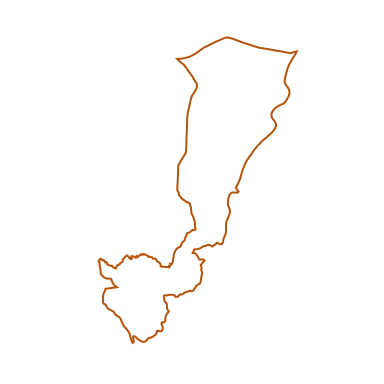 Vale de São Domingos, Mato Grosso, Brazil (orthographic projection), rotated 9°
{"feature_id": "56859067B20477849256600", "entity_name": "Vale de São Domingos", "entity_type": "district", "adm_level": 2, "iso_a3": "BRA", "parent_name": "Brazil", "parent_adm1": "Mato Grosso", "projection": "orthographic", "projection_center": [-58.989, -15.026], "detail": "fine", "context": "isolated", "style": "outline", "palette": "amber", "viewbox_px": 384, "rotation_deg": 9, "n_neighbors": 0, "source": "geoboundaries", "source_scale": "gbopen_adm2", "svg_char_len": 6073}
<svg xmlns="http://www.w3.org/2000/svg" viewBox="0 0 384 384"><g transform="rotate(9 192 192)"><path d="M273.4,36.7L268.7,38.9L267.7,39.5L258.4,39.2L252.1,39.2L245.3,39.0L237.9,39.0L236.3,39.0L233.2,38.7L230.7,38.3L218.0,36.3L215.2,35.7L210.4,34.7L209.4,34.6L207.9,34.2L206.2,34.1L205.0,33.9L203.8,33.8L201.5,34.1L199.2,35.3L195.4,37.8L193.1,39.2L189.6,41.5L186.6,43.6L185.0,44.9L181.4,47.3L180.1,48.6L177.8,50.8L176.8,51.9L175.2,53.4L174.5,54.2L168.6,58.8L167.5,59.3L163.9,60.8L161.4,61.7L159.3,62.3L157.5,62.7L156.5,62.9L158.3,64.3L159.8,65.3L163.9,67.5L165.0,68.5L167.1,70.5L168.2,71.6L169.5,73.1L173.2,76.7L174.6,78.1L175.5,79.4L176.7,80.8L177.8,82.3L179.7,84.1L180.1,85.3L180.3,87.9L180.1,89.2L179.8,90.3L179.1,92.0L178.3,94.3L176.7,97.6L176.5,99.4L176.2,102.7L176.1,105.2L176.0,106.3L175.9,107.5L175.8,109.4L175.7,111.3L175.4,113.6L175.6,118.0L175.8,121.0L176.2,122.3L176.6,126.3L176.7,127.4L177.0,129.6L178.2,140.2L178.4,141.2L178.6,143.5L178.8,144.7L179.5,150.3L179.7,153.0L179.6,154.7L177.5,159.7L175.1,165.7L174.3,167.8L176.1,182.7L176.3,185.6L177.1,192.3L178.1,193.6L178.9,194.7L179.2,195.7L179.4,196.8L182.8,200.0L185.1,201.1L188.1,202.8L189.6,203.1L191.0,203.1L191.9,204.4L192.6,206.1L193.5,207.4L193.7,209.2L194.3,210.6L194.5,212.1L195.0,213.5L196.0,214.7L198.2,218.3L199.4,220.8L200.2,224.5L200.5,226.3L201.4,228.0L200.8,228.9L199.6,229.3L198.5,229.3L197.8,230.4L196.9,231.1L196.2,232.1L195.1,232.8L194.1,233.1L193.4,234.0L193.4,235.1L193.2,236.2L192.8,237.5L192.4,239.2L192.3,240.7L191.4,242.2L190.3,243.2L190.0,244.4L189.6,245.6L189.3,246.7L189.1,247.8L188.0,248.5L186.5,249.6L185.6,250.8L184.9,252.1L184.4,253.6L183.8,256.4L183.9,257.5L184.0,259.0L183.9,260.8L183.9,264.0L183.2,266.4L181.8,266.4L182.4,267.3L182.0,268.7L180.9,268.6L181.1,270.1L179.5,270.0L178.2,270.1L176.8,270.1L175.6,270.2L174.2,270.6L172.6,270.3L172.5,268.8L171.6,267.5L170.1,266.5L168.6,266.0L167.6,265.3L167.2,264.2L166.1,263.6L164.9,263.7L163.7,264.0L162.7,262.7L161.2,262.8L160.2,262.5L159.2,263.0L158.4,262.1L157.3,261.7L155.9,261.4L154.5,260.7L153.4,261.0L153.0,262.0L151.5,261.3L150.8,262.2L149.8,263.0L149.3,264.2L147.7,263.9L147.7,265.3L146.6,265.7L145.8,264.8L144.6,264.9L142.3,264.8L142.3,266.1L143.1,266.9L142.2,267.9L140.7,267.2L139.8,266.0L137.7,264.8L136.6,265.6L135.2,268.1L134.2,269.6L134.5,271.4L133.4,272.6L132.1,273.7L131.8,275.1L130.4,275.4L129.5,276.2L129.3,277.3L128.9,278.3L128.7,279.4L127.7,279.5L126.8,278.8L125.4,278.4L124.5,277.3L123.5,277.6L122.1,277.4L121.0,277.0L119.8,276.9L119.4,275.5L118.4,274.6L117.5,275.2L116.5,273.9L115.3,273.0L114.2,273.5L112.3,272.1L111.4,272.8L111.3,273.9L110.6,274.8L111.6,276.2L112.1,277.4L112.2,278.6L113.1,281.0L113.6,282.4L114.4,286.0L115.1,287.6L116.0,288.4L118.1,289.8L120.1,290.6L122.1,290.8L123.5,290.6L125.3,290.3L126.2,291.1L127.0,292.9L127.9,294.0L129.5,296.0L130.6,296.7L132.7,297.8L121.8,301.1L121.6,302.9L120.8,305.2L120.4,306.8L120.5,308.2L120.3,309.8L120.7,311.0L121.2,312.4L120.9,314.0L122.1,316.1L123.0,316.3L124.1,316.7L124.9,317.5L125.5,318.6L127.0,320.2L132.8,322.3L133.7,322.7L135.3,325.0L137.1,325.9L138.6,326.5L139.6,326.9L140.5,327.6L141.5,328.7L142.9,331.1L143.7,332.3L145.1,334.3L146.6,336.0L149.1,337.8L150.2,338.9L152.0,341.0L152.8,342.2L154.7,347.0L156.9,350.2L157.8,349.4L157.8,348.1L157.1,346.5L156.5,344.8L156.6,343.7L157.6,343.5L158.8,343.8L159.9,344.6L160.8,345.4L163.4,346.6L164.9,347.3L165.8,347.6L167.1,347.7L168.4,347.4L169.3,346.9L170.1,346.0L171.2,343.9L172.2,342.8L173.4,342.5L174.7,341.9L176.6,340.4L177.8,339.3L178.6,338.1L179.0,336.8L179.0,335.3L179.8,334.2L181.2,334.5L182.5,334.6L183.6,334.1L184.2,333.1L184.5,331.9L184.3,330.5L183.8,329.3L183.4,328.3L182.5,327.1L182.7,325.5L184.4,325.2L185.5,324.4L185.8,322.9L185.4,320.4L185.6,318.4L186.1,316.8L186.6,315.9L187.4,314.5L187.7,313.4L186.3,312.1L185.6,311.1L184.7,306.5L182.9,305.0L181.7,303.4L181.2,301.7L180.7,300.4L180.4,299.0L181.5,298.1L182.9,298.4L184.6,297.4L185.8,297.1L186.9,296.9L188.1,296.6L189.6,296.6L191.1,296.8L191.9,298.1L194.5,297.6L195.2,296.3L196.3,294.9L197.7,294.9L198.7,294.3L200.9,292.3L202.4,291.4L203.9,290.9L205.6,289.7L207.1,290.1L208.4,289.3L209.4,288.2L209.6,287.1L210.4,285.5L211.3,283.6L211.9,282.7L213.2,281.9L214.3,281.0L214.5,279.8L214.5,277.8L214.6,275.8L214.5,273.2L214.7,271.7L214.8,270.6L214.4,269.5L213.3,267.3L213.4,265.6L212.7,263.9L212.0,262.9L215.1,257.7L214.2,257.2L213.0,256.9L210.2,257.6L208.7,256.3L207.5,254.4L206.0,253.0L204.5,252.0L203.2,252.1L202.2,252.0L203.0,249.6L203.0,248.5L204.2,248.1L206.0,247.7L209.1,246.2L209.9,245.4L211.1,244.4L212.0,243.8L213.1,243.3L214.1,243.1L215.3,242.0L216.4,241.9L217.6,241.5L219.0,242.0L220.4,242.7L221.4,241.9L222.3,240.7L223.7,239.8L224.1,238.6L225.3,238.3L226.5,238.8L227.8,239.1L229.3,239.1L230.4,237.3L230.4,234.9L230.4,233.7L230.9,231.5L231.5,229.4L231.8,226.8L231.6,224.9L231.5,223.2L231.1,221.3L230.8,219.0L230.6,217.3L230.8,214.8L231.4,212.5L232.1,209.8L232.4,208.2L232.6,206.7L232.6,205.2L232.3,204.1L231.7,202.8L230.9,201.4L229.6,199.4L229.3,197.9L229.0,195.9L228.9,193.3L229.1,191.1L229.6,188.9L230.4,187.3L231.9,186.1L233.0,186.1L235.2,185.8L236.9,185.5L237.9,184.4L234.5,180.8L235.5,178.5L235.9,177.2L236.4,175.5L236.7,174.5L237.0,173.2L237.5,171.4L237.6,169.5L237.8,168.0L238.0,166.6L238.2,165.0L238.6,162.2L239.0,160.2L240.2,155.2L240.6,153.9L241.2,152.5L242.3,150.2L242.8,148.8L243.5,147.6L245.3,144.1L245.8,142.7L246.9,140.7L247.7,139.4L248.3,138.1L249.1,136.9L250.1,135.5L250.8,134.5L252.2,132.3L253.6,130.4L255.8,127.8L257.0,126.4L260.6,122.0L261.7,120.6L262.7,118.9L263.6,117.2L264.1,116.1L264.6,114.4L264.6,112.5L264.0,111.2L263.1,110.1L262.2,108.9L261.0,107.8L259.7,106.5L258.8,105.0L258.3,103.1L258.5,101.1L259.3,99.0L259.9,97.9L260.6,96.9L262.1,95.1L263.2,94.1L265.3,92.4L266.5,91.6L267.9,90.8L269.2,89.7L270.6,87.2L271.4,85.3L272.4,82.5L272.6,81.1L272.8,79.6L272.7,78.3L272.3,77.0L271.6,75.4L270.2,73.6L268.8,72.4L267.7,71.3L266.9,70.1L266.2,68.2L266.0,66.5L266.3,62.3L266.4,61.3L267.1,54.9L267.9,51.4L268.7,49.0L270.3,45.0L271.1,42.9L272.4,39.9L273.4,36.7Z" fill="none" stroke="#b45309" stroke-width="2"/></g></svg>